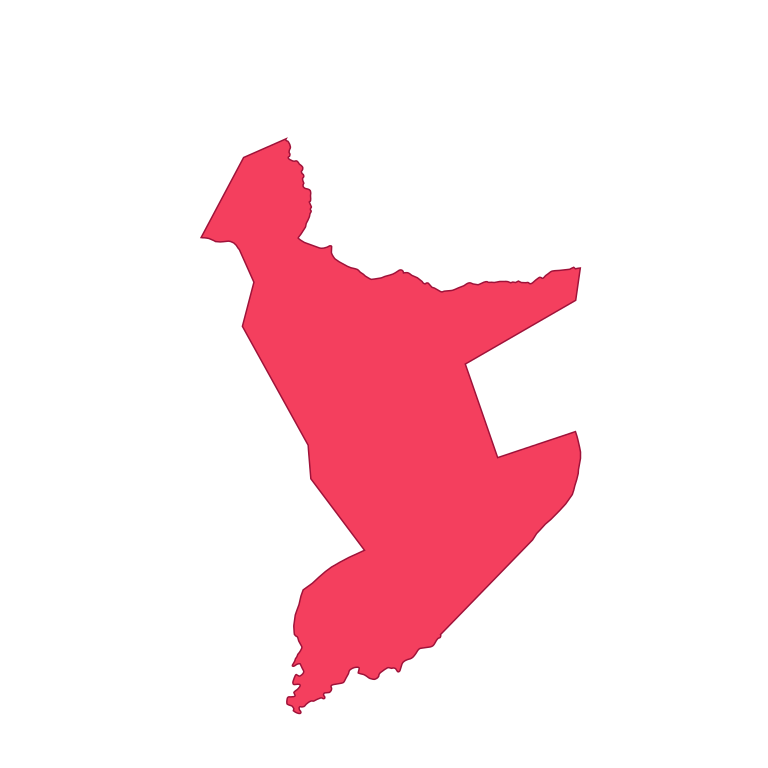 the district of Chinacla, La Paz, Honduras, rotated 244°
{"feature_id": "27666195B76416581203448", "entity_name": "Chinacla", "entity_type": "district", "adm_level": 2, "iso_a3": "HND", "parent_name": "Honduras", "parent_adm1": "La Paz", "projection": "natural_earth1", "projection_center": [-87.961, 14.181], "detail": "fine", "context": "isolated", "style": "filled", "palette": "rose", "viewbox_px": 768, "rotation_deg": 244, "n_neighbors": 0, "source": "geoboundaries", "source_scale": "gbopen_adm2", "svg_char_len": 6171}
<svg xmlns="http://www.w3.org/2000/svg" viewBox="0 0 768 768"><g transform="rotate(244 384 384)"><path d="M647.3,403.5L649.1,357.1L595.8,283.8L595.0,285.0L594.0,286.9L592.9,288.6L591.5,290.5L587.3,294.1L585.9,295.0L583.5,299.1L582.3,302.1L580.6,306.8L579.4,308.5L576.7,310.8L573.5,312.0L569.6,312.5L568.3,312.9L532.5,311.7L497.9,282.0L362.2,289.0L357.8,287.2L330.9,276.7L243.1,293.6L243.5,276.5L243.2,266.7L242.5,256.6L241.1,249.1L238.9,240.8L236.3,232.2L234.4,221.1L229.8,216.4L223.1,211.0L218.5,206.2L215.3,203.0L206.8,197.3L205.7,196.7L200.2,194.4L198.2,193.7L196.3,194.2L194.9,195.2L194.2,195.3L193.2,195.2L191.1,194.8L190.1,194.7L184.0,195.0L183.0,194.6L182.2,193.8L180.6,191.6L179.7,190.0L178.8,188.0L177.1,186.2L175.8,183.9L174.7,182.9L174.2,182.4L173.5,181.5L171.5,178.5L171.1,178.2L170.7,178.1L170.4,178.3L170.1,178.6L169.9,179.2L169.9,180.4L170.2,182.3L170.2,183.4L169.9,184.9L169.4,185.9L168.6,186.0L164.1,185.9L161.9,186.0L160.9,185.9L160.4,185.6L159.7,184.9L159.1,183.9L158.6,182.3L158.4,180.7L158.5,180.0L158.8,179.5L161.3,177.8L161.3,177.3L160.9,176.5L159.1,174.4L156.6,171.9L155.6,171.2L154.4,170.9L153.8,171.0L153.2,171.5L152.8,172.5L152.0,174.8L151.2,176.1L150.8,176.5L150.3,176.6L149.9,176.6L149.5,176.3L148.7,175.3L147.8,173.2L147.4,172.0L147.0,169.6L146.4,167.9L146.0,167.7L143.2,167.6L142.9,167.5L142.6,167.2L142.5,166.6L142.6,165.8L143.5,163.4L144.5,161.4L144.6,160.6L144.3,159.8L143.9,159.3L142.7,158.4L141.1,157.4L139.4,156.7L138.6,156.7L137.2,157.8L135.3,159.8L134.7,160.2L133.5,160.5L132.4,160.6L131.6,160.6L130.1,159.3L128.0,160.4L126.5,161.6L125.3,162.9L124.7,164.0L124.7,164.4L124.8,164.9L125.3,165.4L126.4,165.6L127.7,165.2L128.9,165.3L130.1,165.7L130.5,166.1L130.7,166.5L130.8,166.9L130.6,167.4L129.9,168.3L129.6,169.0L129.2,170.7L129.4,171.7L130.3,173.7L130.9,176.3L131.1,177.9L131.0,179.5L130.8,180.2L130.1,181.2L129.8,181.9L129.9,185.8L129.6,189.5L129.1,190.5L128.2,191.1L127.7,191.6L127.5,192.1L127.5,192.6L127.8,193.2L128.5,193.5L129.1,193.6L130.3,193.3L131.2,193.4L131.8,193.9L132.3,194.6L132.3,195.4L130.8,199.4L130.8,200.1L131.0,200.9L131.7,202.2L132.8,203.2L133.7,203.6L134.8,203.6L135.4,203.8L136.0,204.4L136.2,205.3L136.2,205.8L135.9,207.2L133.8,214.4L133.5,216.0L133.6,216.9L133.9,217.6L134.5,218.5L136.4,221.0L138.9,224.6L139.6,225.4L140.8,226.4L141.6,227.3L142.1,228.6L142.3,230.5L142.2,232.7L141.7,234.5L141.1,236.0L140.4,236.9L139.8,237.2L139.4,237.1L138.6,236.6L135.9,234.3L135.5,234.2L134.0,235.7L132.1,238.0L131.3,238.8L129.3,240.1L126.6,241.5L125.5,242.3L123.6,244.5L122.8,245.8L122.6,246.7L122.6,248.5L122.8,249.4L123.2,250.4L123.8,251.3L124.8,251.9L125.1,252.2L125.8,253.3L126.2,254.5L127.1,259.4L127.4,263.0L127.2,263.5L126.7,264.3L125.1,266.2L124.8,267.7L124.3,268.5L123.8,269.1L123.3,269.5L122.7,269.7L119.6,270.1L119.0,270.7L118.9,271.5L119.1,272.2L119.6,272.9L124.3,277.3L125.0,278.2L125.5,279.1L125.9,280.5L126.1,282.0L126.0,284.4L125.5,287.2L125.5,288.4L125.7,289.8L126.0,290.8L126.7,292.4L127.8,294.5L129.7,297.5L130.1,298.4L130.5,299.7L130.5,300.6L130.2,301.7L127.4,310.3L127.2,311.9L127.3,313.2L127.7,314.3L128.3,315.4L130.6,318.8L131.5,320.6L131.7,321.4L131.5,322.9L131.7,323.6L132.7,324.6L133.2,324.8L134.0,324.9L178.8,449.3L182.7,455.6L184.7,461.0L187.3,467.5L189.2,474.8L193.2,486.2L196.6,494.8L202.1,504.8L205.3,507.9L208.9,510.9L213.7,515.4L218.5,519.4L221.7,521.2L231.0,528.0L236.7,530.8L241.5,532.1L248.8,533.8L252.3,534.5L257.3,535.2L268.0,453.9L366.3,465.8L375.2,593.0L402.2,611.3L403.0,609.0L403.6,606.6L403.9,606.4L405.7,605.7L405.8,603.4L405.7,601.2L409.1,591.7L411.0,587.1L411.8,584.5L411.8,583.0L411.0,579.2L410.7,577.3L410.3,576.0L409.6,574.4L409.4,573.5L409.4,573.0L409.7,572.5L409.9,572.3L410.6,572.0L411.2,571.4L411.6,570.8L411.7,570.3L411.5,568.8L410.9,565.8L409.8,561.9L409.7,560.7L409.8,559.9L410.1,559.3L410.4,558.9L410.8,558.6L411.6,558.4L412.2,557.8L412.5,557.1L412.8,556.0L415.0,551.9L417.6,549.9L417.5,546.8L419.2,544.4L419.3,543.3L419.5,542.2L421.7,540.2L422.6,538.8L425.4,533.0L426.3,529.6L426.9,527.6L428.2,525.4L429.4,522.7L429.8,522.2L430.8,521.5L431.3,520.4L431.7,518.4L431.8,514.3L431.9,512.4L432.0,512.0L434.8,508.0L436.6,506.4L437.2,505.7L437.6,504.8L437.8,503.8L437.8,502.2L437.3,498.8L437.8,492.8L437.9,489.6L438.1,487.1L438.5,485.5L440.9,479.2L441.1,478.4L441.2,477.0L441.4,476.5L441.8,475.8L442.5,475.2L448.1,471.4L449.9,469.5L455.2,468.0L455.8,467.3L456.1,466.6L456.2,466.1L455.9,465.4L456.0,464.8L456.3,464.4L456.9,463.9L457.9,463.4L459.4,463.2L464.8,460.6L469.5,456.6L471.4,455.7L472.7,454.9L473.6,454.1L474.2,453.1L474.8,451.7L475.3,450.2L476.2,450.5L477.3,450.5L478.3,450.1L479.0,449.4L479.4,448.6L479.6,447.6L479.0,443.0L478.9,440.3L479.3,437.2L480.3,431.9L480.5,428.5L480.8,427.2L482.5,421.6L483.5,418.7L484.0,418.0L485.8,416.7L489.2,414.5L491.6,413.6L494.8,411.7L497.3,410.9L498.4,410.4L499.2,409.7L500.5,408.3L503.0,405.2L505.8,402.7L513.3,397.4L517.5,395.0L518.6,394.6L520.6,394.3L522.7,394.1L524.7,394.2L525.5,394.5L530.5,397.2L530.8,397.2L531.2,397.1L531.7,396.4L532.0,395.7L532.0,394.9L531.9,393.0L532.5,389.6L533.3,387.5L534.3,385.9L546.1,374.5L549.9,372.1L552.6,370.8L552.9,370.9L553.4,371.6L555.2,375.2L559.4,382.1L560.0,382.7L561.4,383.7L562.4,384.5L564.7,387.6L566.5,389.7L567.4,390.6L569.6,392.2L570.5,393.6L570.9,394.1L571.6,394.4L572.7,394.2L573.5,394.5L574.1,395.1L574.6,396.1L575.1,396.4L580.3,396.6L580.6,396.9L580.6,397.9L580.9,398.3L582.6,399.3L585.5,400.5L587.6,401.8L588.7,402.2L590.0,402.5L591.3,402.1L592.6,401.0L593.8,399.5L594.7,398.6L595.8,398.1L596.9,397.9L597.5,398.1L598.5,398.6L598.9,399.0L599.4,399.8L599.7,400.0L601.9,400.1L603.5,400.5L604.3,400.8L604.7,401.2L605.0,402.1L605.3,402.5L605.7,402.9L606.5,403.2L607.6,403.3L608.9,402.7L609.6,402.6L611.0,402.8L611.5,403.2L612.0,404.3L612.6,405.0L613.9,405.8L614.8,405.9L616.4,405.5L618.8,404.3L620.8,404.1L622.5,403.5L623.1,402.8L623.6,400.9L624.5,399.7L626.9,397.8L628.2,397.1L628.8,397.0L629.4,397.1L629.8,397.4L630.0,397.8L630.0,398.8L630.8,399.6L631.5,400.1L632.2,400.3L633.6,400.2L634.2,400.4L635.8,401.6L637.1,403.2L638.0,403.8L640.6,404.3L643.3,404.2L644.3,404.0L645.5,402.9L646.3,402.7L646.9,402.9L647.3,403.5Z" fill="#f43f5e" stroke="#9f1239" stroke-width="1.5"/></g></svg>